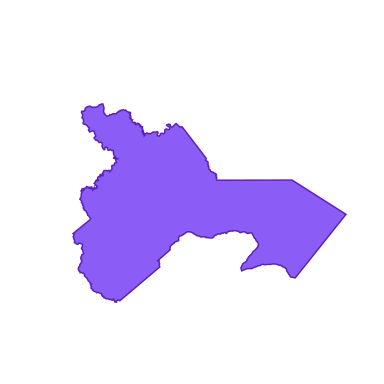 outline of Valparaíso, Caquetá, Colombia, rotated 338°
{"feature_id": "7082276B64086191085481", "entity_name": "Valparaíso", "entity_type": "district", "adm_level": 2, "iso_a3": "COL", "parent_name": "Colombia", "parent_adm1": "Caquetá", "projection": "orthographic", "projection_center": [-75.73, 1.085], "detail": "fine", "context": "isolated", "style": "filled", "palette": "violet", "viewbox_px": 384, "rotation_deg": 338, "n_neighbors": 0, "source": "geoboundaries", "source_scale": "gbopen_adm2", "svg_char_len": 5973}
<svg xmlns="http://www.w3.org/2000/svg" viewBox="0 0 384 384"><g transform="rotate(338 192 192)"><path d="M87.3,179.4L66.1,186.0L66.7,187.2L65.1,189.0L64.9,193.1L64.0,195.0L64.9,195.7L65.4,196.9L66.1,197.5L66.7,197.7L67.7,197.1L68.7,197.3L70.6,199.2L70.8,199.9L69.4,202.1L68.5,202.6L68.3,203.3L68.8,204.6L68.5,208.3L68.1,208.7L66.6,208.8L64.5,210.9L63.9,212.5L64.3,213.8L63.8,214.2L63.5,215.5L60.8,217.3L60.4,218.4L58.7,219.2L57.9,220.5L57.6,221.4L57.8,221.9L57.6,222.9L58.0,223.2L58.2,223.9L58.0,224.9L59.5,225.4L61.3,227.3L61.4,228.2L60.9,229.6L62.2,232.2L62.6,235.7L63.7,238.0L63.3,239.2L64.2,239.6L63.3,240.3L63.1,242.4L62.4,243.2L63.2,245.0L63.1,245.6L63.6,245.8L63.7,247.0L65.6,248.8L65.8,249.6L67.5,250.0L69.5,252.1L69.9,253.1L69.7,253.7L70.2,254.6L70.0,254.8L70.1,255.4L70.5,255.4L70.7,256.4L71.1,256.4L71.0,257.1L71.9,257.8L72.4,258.9L74.1,259.5L75.3,260.8L76.3,260.9L76.6,261.8L77.9,262.6L78.6,262.4L78.9,261.8L79.3,261.9L79.6,263.4L79.1,264.5L79.4,265.2L79.9,265.1L80.6,265.7L80.7,265.0L82.5,264.3L82.7,264.8L83.3,264.7L84.4,265.8L134.1,249.4L134.1,247.6L135.1,246.5L135.0,244.7L135.8,243.7L134.6,242.8L149.9,237.5L151.2,234.6L152.7,233.6L156.1,232.8L157.3,231.9L160.8,232.2L161.6,231.8L162.4,229.5L163.8,228.1L165.3,228.5L167.0,228.4L172.7,227.1L175.3,228.3L176.8,229.5L180.4,234.5L182.1,235.5L183.1,236.9L187.5,238.4L187.6,239.2L188.0,239.5L192.3,241.7L193.9,242.3L195.1,241.9L196.6,240.8L197.9,241.0L200.4,240.6L202.7,241.7L204.2,241.2L205.6,241.9L206.9,241.6L208.5,243.4L209.7,242.4L211.2,242.4L211.7,242.1L212.6,242.7L213.8,242.7L215.2,243.6L216.2,243.4L218.2,244.4L220.3,245.9L221.2,247.6L221.8,247.9L224.3,247.9L226.3,249.0L227.7,251.1L229.0,251.6L229.7,251.4L232.2,252.5L232.6,258.2L233.2,259.2L233.3,261.5L234.1,263.5L234.1,264.8L233.6,266.1L232.3,267.5L230.8,268.4L228.8,269.5L226.4,270.1L224.3,271.7L220.4,273.3L217.9,275.1L216.7,276.6L212.2,277.6L208.9,280.7L208.5,283.7L214.4,283.7L218.8,285.4L220.5,285.1L224.4,285.4L225.7,285.2L227.4,285.7L230.1,285.3L232.2,286.7L236.2,287.8L237.3,288.5L239.6,288.8L243.1,290.4L245.2,292.4L246.5,292.9L248.2,295.4L250.0,297.3L250.7,298.8L250.3,300.9L251.6,307.7L255.5,310.3L326.4,270.4L289.2,218.4L220.4,190.8L219.4,190.0L219.7,188.3L220.5,187.8L220.0,186.2L220.6,185.2L221.1,185.3L221.1,184.8L220.5,184.2L220.7,183.7L219.6,182.6L219.1,181.7L217.0,179.9L217.0,177.9L216.2,176.9L216.5,175.8L216.9,175.5L216.6,173.8L217.3,173.6L217.1,171.9L217.8,171.3L218.0,169.9L216.5,167.7L217.8,166.2L207.2,127.8L206.2,127.7L205.0,127.0L203.0,122.7L202.1,122.7L199.3,124.0L197.3,124.4L196.8,123.4L196.9,121.3L196.0,120.4L193.9,120.3L193.5,120.6L193.8,121.4L195.1,122.9L195.3,124.5L194.7,125.3L193.6,125.4L192.1,124.1L190.8,123.8L190.0,124.4L189.1,126.4L188.1,127.2L187.5,127.3L186.1,126.3L185.1,126.1L184.4,126.4L183.5,127.5L182.6,127.8L181.6,127.4L181.0,126.3L181.3,125.6L182.6,124.7L182.7,123.5L182.2,122.9L180.9,123.0L178.5,121.8L175.0,122.5L174.6,121.8L173.1,121.6L172.7,120.5L171.9,120.3L171.0,120.6L169.9,120.4L169.6,121.6L168.8,122.0L169.0,121.4L168.5,120.8L169.1,119.8L168.6,119.7L168.6,119.1L169.3,118.8L169.1,118.6L169.5,117.6L168.7,117.8L168.9,117.3L168.4,117.0L169.3,116.3L169.9,115.3L169.4,114.9L169.7,113.8L170.2,113.6L170.5,112.9L169.3,112.3L169.3,111.6L168.6,112.0L168.3,111.7L168.9,110.6L168.4,110.1L168.7,109.8L168.6,109.3L168.0,108.9L168.1,108.5L167.1,107.9L166.8,108.5L165.4,108.7L165.4,108.0L165.0,108.4L164.8,107.7L165.5,106.7L164.6,105.6L163.9,105.9L163.0,105.4L162.7,104.8L162.9,103.5L163.4,103.1L163.2,103.1L163.0,101.1L162.5,101.4L162.3,101.0L162.9,100.6L162.6,100.0L162.9,100.1L162.9,99.6L163.3,99.5L163.0,99.0L163.5,98.5L163.2,97.9L163.5,97.7L163.4,97.0L164.5,96.0L164.2,95.6L164.6,95.1L164.3,94.8L163.7,95.1L163.2,94.9L163.5,94.5L161.6,92.8L161.2,91.2L160.1,91.0L159.1,89.9L158.4,90.1L157.5,89.6L156.6,89.9L156.0,89.5L155.4,90.0L154.1,89.7L153.6,90.4L152.8,90.2L151.0,91.0L147.8,89.8L145.9,90.1L144.8,89.5L144.2,90.0L143.1,90.2L141.0,89.7L140.6,87.3L139.8,86.1L140.2,85.4L140.0,84.5L141.9,81.2L142.3,76.9L141.0,76.6L138.7,76.5L136.6,77.5L134.2,77.2L132.8,76.5L131.8,76.7L129.4,74.1L127.0,73.7L124.3,74.4L123.4,76.1L122.4,76.7L120.0,75.8L119.4,76.7L119.5,80.0L117.8,81.8L118.5,83.8L117.9,86.1L116.7,87.3L117.0,88.5L119.3,90.2L120.1,92.9L120.9,94.1L120.7,94.7L119.3,95.4L119.5,97.9L120.3,98.1L122.8,98.0L123.8,98.9L123.8,103.6L123.4,104.4L121.8,104.8L121.4,105.6L122.4,108.3L123.6,108.6L124.5,111.4L126.3,111.8L126.9,113.2L126.9,114.3L125.8,115.4L125.6,117.1L126.0,119.1L126.4,119.9L127.2,119.8L128.0,118.1L129.1,118.0L130.0,119.4L129.7,121.2L130.0,121.9L130.6,122.2L132.2,122.0L133.0,123.4L134.6,123.9L133.6,126.8L133.7,128.1L133.4,129.2L134.1,130.8L133.6,131.2L132.3,130.9L132.0,131.2L132.8,132.1L134.5,132.2L135.3,133.3L134.2,133.1L133.5,133.4L133.1,134.1L133.1,136.0L132.8,136.3L131.2,136.1L129.9,137.9L128.1,137.5L127.3,137.7L126.6,140.4L123.7,142.4L123.3,142.4L123.3,141.2L122.9,140.7L121.3,140.6L120.4,139.9L118.5,139.2L117.6,139.6L117.1,140.6L115.7,141.3L116.2,142.5L115.4,143.5L114.2,142.4L113.3,142.5L114.0,141.7L113.9,141.5L113.0,141.8L113.1,143.0L112.9,143.5L111.9,142.7L110.8,142.8L109.9,143.4L109.3,144.7L109.5,145.9L109.0,145.7L108.6,146.2L108.1,145.2L107.5,145.3L107.2,145.7L106.7,145.6L106.2,146.5L104.7,147.4L105.2,147.7L104.7,149.3L105.4,149.5L106.5,152.0L105.7,151.3L105.3,152.8L104.2,152.7L103.5,151.3L103.2,152.7L102.0,152.9L101.7,152.0L100.9,152.7L101.2,151.6L101.8,151.4L100.6,150.6L99.7,151.1L99.5,150.9L99.8,150.4L100.5,150.3L100.7,149.7L99.7,149.7L98.6,150.3L98.2,149.8L98.8,149.5L98.7,149.2L97.6,148.6L97.2,148.9L97.1,148.2L96.2,147.5L95.0,148.5L93.5,148.7L92.5,149.4L92.9,148.5L92.0,148.7L92.0,148.3L91.7,148.4L91.4,148.0L90.8,149.3L90.5,148.8L89.5,149.5L89.6,151.5L88.9,151.9L87.2,155.3L85.3,156.6L86.3,158.9L85.5,160.5L86.3,161.7L85.8,162.3L85.7,163.7L86.1,164.8L85.8,165.8L85.1,166.0L85.1,167.1L85.8,168.1L85.4,168.6L86.7,170.0L86.6,171.8L87.2,172.5L86.7,173.3L86.6,174.6L87.2,175.5L88.0,178.7L87.3,179.4Z" fill="#8b5cf6" stroke="#5b21b6" stroke-width="1.5"/></g></svg>